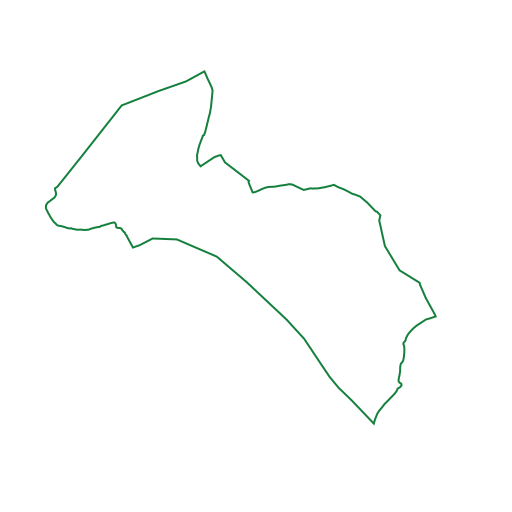 Cap Estate/Lower Saline Point, Saint Lucia (Mercator projection), rotated 224°
{"feature_id": "8701671B68101868582268", "entity_name": "Cap Estate/Lower Saline Point", "entity_type": "district", "adm_level": 2, "iso_a3": "LCA", "parent_name": "Saint Lucia", "parent_adm1": "", "projection": "mercator", "projection_center": [-60.942, 14.106], "detail": "fine", "context": "isolated", "style": "outline", "palette": "green", "viewbox_px": 512, "rotation_deg": 224, "n_neighbors": 0, "source": "geoboundaries", "source_scale": "gbopen_adm2", "svg_char_len": 3625}
<svg xmlns="http://www.w3.org/2000/svg" viewBox="0 0 512 512"><g transform="rotate(224 256 256)"><path d="M119.7,350.4L142.8,345.4L170.2,352.7L192.1,367.2L194.8,371.7L199.9,371.9L201.0,371.2L213.9,371.7L214.4,371.6L222.4,371.1L227.1,369.1L229.8,367.7L232.3,367.0L235.5,366.1L238.9,365.0L240.7,364.3L243.3,363.2L246.5,362.0L249.3,361.4L251.2,358.2L254.3,353.3L257.2,349.3L259.0,347.0L260.5,345.6L262.1,343.8L263.3,343.0L264.4,341.7L265.4,340.0L266.5,338.3L267.7,336.6L279.2,332.7L280.6,332.0L281.1,331.2L282.0,330.8L283.5,328.5L284.6,327.1L286.1,325.1L287.5,323.4L289.0,321.2L291.0,318.5L293.7,315.7L295.2,314.1L296.8,311.5L298.5,307.7L299.3,305.3L300.0,303.8L300.9,301.7L301.8,300.2L302.6,299.4L311.9,303.5L312.9,304.2L313.2,305.2L343.3,301.8L351.4,304.1L352.3,302.9L353.3,300.9L354.1,299.3L354.6,298.3L358.2,282.0L359.5,282.2L360.0,282.3L361.7,282.5L363.8,283.3L364.6,283.8L365.8,285.0L367.1,286.3L368.4,287.5L369.6,289.5L370.6,291.0L371.7,292.7L372.6,294.3L373.2,295.5L373.9,296.7L374.7,298.7L375.6,300.5L376.1,301.9L376.6,303.1L377.5,305.1L377.8,305.6L377.4,306.9L378.4,309.2L379.2,310.8L380.8,313.5L382.1,315.8L383.3,317.8L384.5,319.9L386.7,323.6L387.9,325.8L389.1,327.9L390.5,329.8L391.7,331.7L402.1,344.8L405.0,346.5L409.6,348.3L414.5,350.1L420.3,352.6L421.4,352.9L427.6,333.0L440.6,307.2L457.2,271.0L450.7,207.1L447.0,168.0L447.6,165.1L445.6,163.4L445.1,163.3L444.4,162.9L443.9,162.5L443.4,162.2L442.7,161.4L442.2,160.6L441.9,159.7L441.7,158.7L441.6,157.9L441.7,157.0L442.0,155.8L442.1,154.5L442.4,153.3L442.4,152.4L442.6,151.3L442.9,150.0L442.8,149.2L442.6,148.2L442.4,146.8L442.1,146.3L441.5,145.8L441.0,145.3L440.5,144.5L439.0,143.9L437.0,143.2L435.4,142.6L433.5,142.1L431.6,141.4L429.0,140.8L426.9,140.4L425.2,140.1L423.2,140.1L421.6,140.1L420.2,140.1L419.1,140.6L417.9,141.5L417.1,142.1L415.2,143.1L413.5,144.0L411.9,144.7L409.7,145.9L409.2,146.4L408.1,147.7L407.0,148.0L405.7,148.8L404.8,149.5L403.1,150.5L400.6,153.0L400.2,153.5L399.1,154.2L398.5,154.7L397.2,155.9L396.2,156.8L395.6,157.7L394.7,158.7L394.2,159.5L394.0,160.3L393.6,161.1L393.2,161.8L392.7,162.6L392.2,163.6L391.5,164.6L390.6,165.8L390.4,166.3L389.8,166.9L389.5,167.4L388.8,168.2L388.5,169.0L388.5,169.6L388.2,170.2L387.8,170.9L387.2,171.6L386.9,172.3L386.4,173.1L386.1,173.9L385.3,175.0L384.8,176.0L384.4,176.6L384.0,177.6L383.4,178.6L382.4,180.2L382.1,180.6L381.7,181.1L381.4,181.5L380.9,181.8L380.5,181.8L380.0,181.7L379.2,181.6L378.7,181.3L378.0,180.8L377.1,180.1L376.6,179.7L376.0,179.8L375.4,179.9L374.8,180.2L374.1,181.0L373.6,181.4L372.6,182.0L372.1,182.0L371.7,182.1L371.0,182.0L370.4,181.8L369.9,181.7L368.9,181.7L368.4,181.5L367.8,181.5L367.4,181.6L366.9,181.8L366.0,181.5L365.5,181.2L364.8,180.9L364.4,180.8L363.3,180.9L362.8,180.6L362.1,180.3L361.2,180.0L351.3,176.9L350.4,176.6L347.2,183.0L342.5,196.8L324.5,212.9L283.8,228.3L244.6,230.7L189.8,231.5L163.9,229.9L134.1,223.4L119.2,220.2L105.1,218.6L86.3,218.6L54.8,217.3L55.5,218.5L57.0,221.4L57.8,223.4L59.3,227.1L59.9,230.6L60.2,234.9L60.7,238.8L60.6,242.5L60.6,247.5L60.6,253.0L61.0,256.3L61.8,258.5L61.9,259.7L61.5,260.6L61.2,262.1L61.5,264.1L62.4,264.8L63.4,265.0L64.7,264.6L66.0,264.8L66.8,265.3L68.6,267.6L70.4,270.6L72.5,273.5L74.8,275.9L76.2,277.8L77.0,279.2L77.0,280.9L77.4,282.8L79.2,285.7L82.6,290.0L84.9,292.4L87.1,294.3L88.5,294.8L89.2,295.4L89.6,296.2L89.6,297.9L89.8,299.2L90.9,300.9L92.0,304.2L92.4,306.7L92.6,310.3L92.5,313.7L92.1,317.5L91.5,320.2L90.8,323.2L90.2,325.8L89.7,328.3L88.5,330.4L88.2,330.8L87.9,331.3L84.8,337.3L85.9,337.9L86.5,338.1L95.9,341.0L104.7,343.7L110.4,346.1L117.9,349.2L119.7,350.4Z" fill="none" stroke="#15803d" stroke-width="2"/></g></svg>